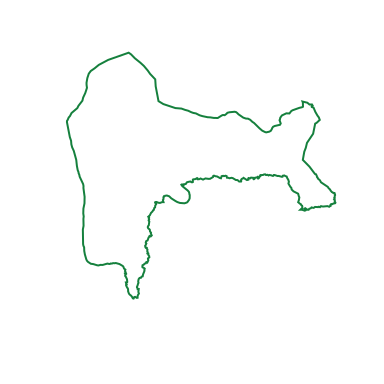 the district of Tsorona, Debub, Eritrea, rotated 287°
{"feature_id": "51966322B5421024020858", "entity_name": "Tsorona", "entity_type": "district", "adm_level": 2, "iso_a3": "ERI", "parent_name": "Eritrea", "parent_adm1": "Debub", "projection": "mercator", "projection_center": [39.222, 14.605], "detail": "fine", "context": "isolated", "style": "outline", "palette": "green", "viewbox_px": 384, "rotation_deg": 287, "n_neighbors": 0, "source": "geoboundaries", "source_scale": "gbopen_adm2", "svg_char_len": 6048}
<svg xmlns="http://www.w3.org/2000/svg" viewBox="0 0 384 384"><g transform="rotate(287 192 192)"><path d="M223.7,51.7L222.4,51.9L208.8,59.1L205.6,61.4L202.3,62.7L199.6,64.4L196.8,66.9L188.9,71.9L183.3,74.3L179.5,76.3L177.9,77.6L176.8,78.1L175.5,79.2L173.8,80.1L167.7,85.6L166.0,86.5L164.1,87.0L156.0,90.7L149.7,92.5L144.4,93.0L139.7,94.3L136.9,95.6L134.6,96.0L127.9,98.2L124.2,98.6L110.3,103.1L108.8,103.9L107.6,105.0L104.1,106.2L101.0,107.8L96.7,110.6L95.6,111.6L94.8,112.9L93.8,116.2L94.2,118.7L94.2,122.7L94.4,124.0L95.5,125.7L96.2,128.0L98.8,132.0L99.0,134.0L99.4,134.8L99.9,135.2L100.1,136.3L100.9,137.3L101.2,138.7L101.8,139.9L101.9,143.7L101.0,147.4L100.5,148.2L98.9,149.4L98.3,151.0L96.8,151.0L96.0,151.9L95.4,151.8L95.0,152.6L94.5,153.0L94.1,152.8L94.0,152.1L93.3,152.7L92.6,152.5L92.1,152.7L91.6,153.5L89.6,155.3L87.3,156.3L86.7,156.4L86.2,155.2L85.2,155.9L84.8,155.9L84.3,156.6L83.8,156.2L83.4,156.3L81.5,158.0L81.1,158.8L79.8,159.5L78.4,159.9L76.4,161.4L75.7,162.4L75.1,164.0L74.3,165.2L73.1,166.4L72.9,167.0L73.2,167.4L74.0,167.2L74.6,167.5L75.1,168.2L74.6,170.2L75.0,170.9L76.0,170.5L77.5,170.4L79.4,170.9L80.8,169.9L83.6,169.4L83.2,168.4L84.2,167.9L84.6,167.3L85.1,167.1L87.0,167.3L88.2,167.2L89.5,167.4L90.4,166.8L92.0,166.5L93.3,166.5L94.5,167.0L95.1,168.3L96.3,168.5L96.9,169.5L99.0,169.3L102.3,169.6L103.1,169.5L103.5,169.2L104.9,169.2L105.2,168.6L105.5,166.7L105.9,166.4L107.5,166.1L108.4,167.1L109.6,167.6L110.3,168.7L111.4,168.7L111.7,169.0L111.5,169.9L113.9,170.2L115.2,169.4L115.6,169.3L117.0,170.3L118.2,169.8L118.9,168.8L120.2,168.3L120.0,167.7L120.1,167.3L121.5,167.3L122.3,166.5L124.0,166.2L124.8,165.1L125.4,165.1L125.5,164.8L125.1,164.2L125.4,163.7L126.8,162.9L127.6,163.2L129.4,163.4L129.9,162.6L131.4,162.5L131.7,162.6L132.6,163.6L133.2,163.7L135.8,163.8L136.5,164.2L137.2,164.1L137.6,164.4L137.3,165.1L137.4,165.5L138.7,166.2L140.2,164.8L141.1,164.7L142.0,163.4L143.7,162.6L144.5,160.7L145.4,160.0L146.3,159.9L147.5,160.4L151.3,159.8L152.0,158.9L152.5,158.8L153.1,159.1L154.1,158.4L154.7,158.6L155.2,158.4L155.3,157.7L155.5,157.4L157.4,158.5L160.0,158.9L162.0,160.0L162.9,160.0L163.7,160.7L165.7,160.6L166.5,161.2L168.3,160.8L170.0,161.3L170.3,161.2L170.9,159.9L171.3,159.7L171.8,160.2L172.1,161.0L171.9,163.1L172.2,164.6L173.6,166.4L174.0,167.7L175.8,166.5L176.9,166.8L178.7,166.2L179.7,166.4L179.7,166.9L180.5,167.3L181.3,169.0L181.2,171.5L179.9,174.0L178.5,179.0L178.1,180.9L178.0,183.6L179.0,188.1L180.4,190.1L181.1,190.6L183.8,191.5L185.3,191.6L188.5,190.7L189.2,190.1L190.2,189.7L191.3,188.9L192.2,187.4L194.5,181.7L195.2,180.4L195.9,179.7L196.2,180.0L196.1,180.4L196.4,180.8L195.9,181.6L196.1,182.0L197.0,181.9L197.7,183.5L198.2,183.9L199.0,184.0L199.9,184.4L201.2,186.6L201.6,187.5L201.2,188.5L201.3,189.3L201.8,189.9L204.0,189.2L204.4,189.4L205.3,191.4L206.8,192.8L206.7,193.2L205.9,193.4L205.8,193.7L206.4,195.2L207.4,196.2L207.1,198.9L208.9,200.9L209.4,204.0L209.9,205.4L212.4,207.7L213.5,207.6L213.9,207.9L214.1,208.6L213.9,209.5L214.2,211.5L213.5,214.6L213.6,215.7L215.8,215.7L216.6,217.1L216.5,217.9L217.4,219.4L217.3,220.5L215.9,221.2L216.2,222.7L216.1,223.8L217.1,225.6L217.2,226.9L216.3,230.4L216.7,232.1L215.8,234.0L216.4,235.9L216.9,235.9L217.7,235.4L218.7,235.6L219.2,235.9L219.7,236.6L220.6,237.1L219.5,241.0L220.0,242.0L220.4,242.4L221.4,241.8L221.9,242.0L222.1,243.7L223.0,244.2L223.5,246.6L222.5,246.9L222.3,247.4L222.9,247.9L224.2,248.3L224.8,249.6L225.5,250.2L224.6,250.7L224.2,251.1L224.3,251.5L225.2,252.0L226.2,251.9L227.0,252.7L227.8,252.3L228.2,252.5L229.0,254.9L229.9,255.8L230.3,257.0L229.9,257.5L229.9,258.0L230.5,259.0L230.2,260.4L230.9,260.9L231.1,262.9L231.0,264.4L231.3,265.1L232.2,265.3L232.4,265.9L232.3,269.1L232.7,270.2L232.8,273.5L233.1,274.1L234.1,274.1L234.8,275.4L234.5,276.8L234.5,278.0L232.8,279.3L232.1,280.3L230.1,281.7L228.4,281.7L228.0,282.0L225.6,284.7L225.1,285.7L223.5,286.6L222.3,288.9L221.4,294.0L219.0,295.5L218.3,296.2L215.3,296.6L213.3,296.5L212.3,298.7L212.2,299.6L211.3,300.4L211.1,301.3L210.5,301.7L209.2,302.0L208.7,302.3L208.1,301.6L206.7,300.8L207.2,302.5L207.1,305.3L207.6,305.9L209.1,304.6L209.6,305.0L208.8,307.6L209.1,308.7L210.2,309.0L211.2,310.4L212.2,310.8L212.3,312.7L212.7,313.3L213.7,314.0L214.4,317.0L214.8,317.2L215.0,317.7L214.9,318.8L216.2,319.5L216.2,320.6L216.5,321.8L218.1,325.7L218.0,327.5L218.9,328.0L219.0,328.4L219.4,328.7L220.3,328.2L221.2,328.7L221.4,329.8L222.1,330.3L222.5,331.0L222.9,331.2L222.9,331.9L223.2,332.2L223.7,332.3L225.1,331.0L226.0,331.0L226.6,330.0L227.3,330.3L228.1,329.8L228.4,330.1L230.0,329.6L230.8,329.8L231.7,329.4L231.8,328.9L232.7,328.5L232.4,327.3L232.8,326.6L232.8,325.8L234.1,323.8L234.7,323.4L235.6,321.5L236.6,320.4L239.0,312.5L240.6,310.9L241.7,308.4L242.6,307.9L242.9,307.1L243.8,306.7L245.2,305.4L245.1,304.6L245.5,303.9L250.6,296.9L255.1,288.6L263.4,287.6L267.5,287.9L272.6,287.6L283.1,290.8L293.4,289.8L294.5,290.9L298.3,293.1L300.4,291.5L301.7,289.7L304.7,286.5L308.2,283.6L308.3,281.7L308.9,281.4L309.9,282.1L310.8,281.1L310.0,278.8L311.1,276.2L310.8,271.2L309.9,271.9L306.0,273.2L305.2,272.4L303.9,270.1L299.5,264.2L298.3,263.2L295.6,262.2L294.8,259.2L291.5,255.6L288.9,254.7L286.7,254.9L286.3,254.7L283.5,256.8L282.0,256.5L279.3,251.8L278.1,250.5L276.6,250.0L275.8,250.0L273.6,249.5L272.3,248.3L270.7,245.5L270.7,244.2L271.2,241.2L272.7,237.8L276.2,231.1L276.7,229.3L278.1,226.5L278.5,224.1L278.0,222.1L278.1,219.3L279.9,213.7L280.8,212.1L281.3,210.7L281.2,209.3L279.2,204.5L278.1,202.7L276.8,202.1L275.0,200.8L274.7,199.1L273.9,198.1L270.3,195.0L269.2,191.1L268.7,187.6L268.1,185.2L267.6,179.7L267.6,176.8L268.3,172.8L268.0,170.1L268.1,167.9L268.6,164.6L268.5,161.4L268.7,157.5L267.4,151.6L267.7,138.9L269.1,133.4L282.4,126.4L289.0,123.9L292.7,117.4L295.2,114.2L298.5,109.1L300.5,104.9L303.2,98.2L305.8,93.5L306.7,90.7L293.8,73.2L286.3,65.7L281.8,62.7L278.1,59.8L275.0,58.7L270.4,58.6L265.6,59.2L263.5,59.9L260.9,61.1L255.4,61.0L250.4,60.3L247.3,60.5L241.2,58.2L238.7,57.8L232.3,53.7L228.9,53.1L227.2,52.3L224.4,52.0L223.7,51.7Z" fill="none" stroke="#15803d" stroke-width="2"/></g></svg>